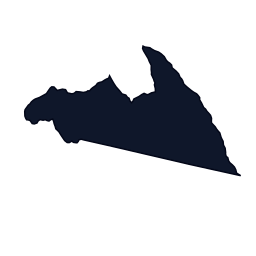 Água Doce do Maranhão, Maranhão, Brazil (orthographic projection), rotated 255°
{"feature_id": "56859067B66472645750335", "entity_name": "Água Doce do Maranhão", "entity_type": "district", "adm_level": 2, "iso_a3": "BRA", "parent_name": "Brazil", "parent_adm1": "Maranhão", "projection": "orthographic", "projection_center": [-42.139, -2.924], "detail": "fine", "context": "isolated", "style": "filled", "palette": "ink", "viewbox_px": 256, "rotation_deg": 255, "n_neighbors": 0, "source": "geoboundaries", "source_scale": "gbopen_adm2", "svg_char_len": 2106}
<svg xmlns="http://www.w3.org/2000/svg" viewBox="0 0 256 256"><g transform="rotate(255 128 128)"><path d="M52.8,224.5L56.4,221.2L59.7,221.3L62.7,220.7L65.3,219.3L68.1,217.4L70.1,216.7L73.7,216.7L75.0,215.5L77.6,215.5L79.2,216.0L83.4,216.6L86.8,215.8L90.6,216.4L92.6,215.9L94.9,215.5L99.5,215.4L101.9,214.2L104.2,213.2L106.4,212.6L111.3,210.0L113.0,210.3L115.8,211.2L118.9,211.0L121.8,209.6L123.6,208.6L126.2,207.8L128.2,206.4L133.1,205.5L136.7,204.5L138.8,205.1L141.4,204.1L143.3,203.1L145.6,200.7L147.9,198.8L152.2,195.7L153.9,194.6L156.0,193.3L159.7,193.0L161.8,192.4L163.4,191.4L167.2,190.9L170.6,189.1L174.7,186.2L177.6,186.4L179.7,185.2L181.7,183.5L183.6,182.5L187.5,181.5L191.1,179.2L193.4,177.2L195.9,173.6L198.4,171.1L199.9,169.9L201.9,165.2L203.2,163.7L201.1,162.7L198.6,163.0L189.8,165.5L186.7,165.8L182.5,166.7L178.4,165.5L175.6,165.1L173.7,164.5L168.4,165.4L166.7,165.4L164.7,165.8L162.9,164.7L159.0,164.6L155.8,163.8L155.9,159.7L155.2,156.8L155.2,155.1L157.3,152.5L156.7,149.8L155.6,146.8L154.5,141.2L152.7,139.8L151.4,138.1L153.6,136.9L156.5,136.7L157.8,135.4L160.4,134.4L162.4,131.1L166.1,129.5L170.9,127.1L174.5,125.9L176.7,125.3L179.7,124.5L183.2,123.7L181.1,122.2L180.9,120.3L180.5,118.4L179.3,114.8L179.4,112.0L179.1,110.1L177.4,108.0L176.0,104.1L175.2,102.5L173.8,100.5L174.3,98.8L173.7,97.3L173.9,94.0L175.2,91.2L176.6,87.3L175.5,85.1L175.5,82.7L177.6,78.6L181.2,77.6L182.5,74.7L182.6,69.4L186.8,67.1L187.5,65.0L186.8,63.4L185.0,61.2L182.3,58.1L180.4,50.4L180.0,45.9L179.4,43.9L178.2,41.4L176.6,39.5L175.9,37.7L172.4,33.4L170.7,32.5L166.2,31.5L164.0,31.7L162.2,32.2L161.6,33.8L160.5,35.4L157.1,36.6L156.2,38.5L156.4,41.4L158.0,42.9L158.9,45.1L157.5,48.0L157.4,50.3L156.1,51.8L155.2,53.5L156.1,55.6L156.1,57.6L153.2,57.9L151.3,57.8L148.4,58.1L145.9,58.1L143.8,59.4L142.0,60.4L138.9,61.3L135.6,62.4L132.2,63.6L129.7,65.5L129.1,67.5L129.9,70.4L128.3,71.5L127.5,73.3L126.9,74.9L127.9,76.4L129.3,77.6L129.3,79.9L127.9,82.3L117.5,102.1L109.4,117.4L104.4,126.7L103.0,129.4L99.7,135.5L88.5,156.5L82.2,168.3L77.4,177.2L52.8,224.5Z" fill="#0f172a" stroke="#020617" stroke-width="1.5"/></g></svg>